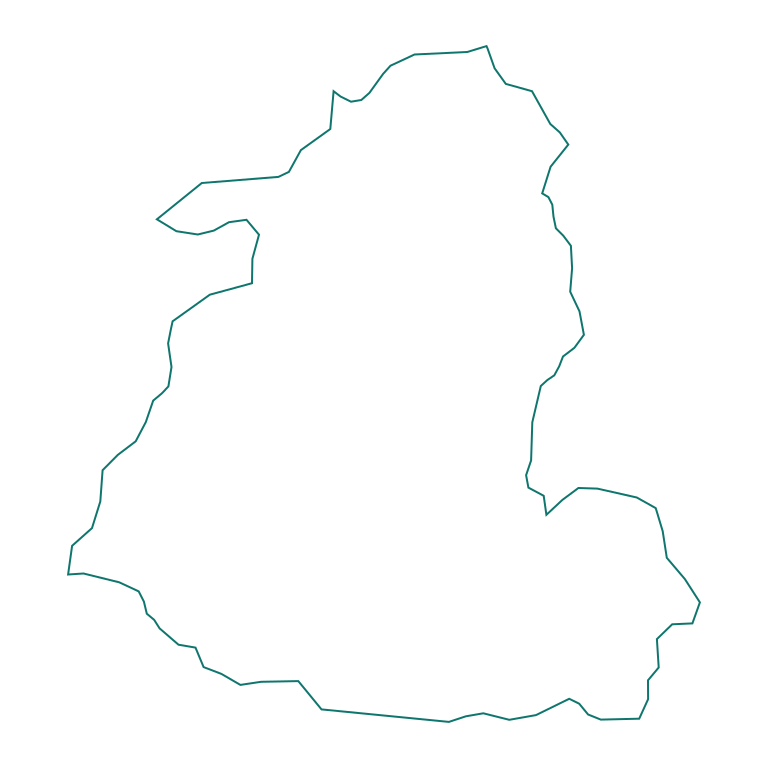 map outline of Shida Kartli (Mercator projection)
{"feature_id": "GEO-3039", "entity_name": "Shida Kartli", "entity_type": "Region", "adm_level": 1, "iso_a3": "GEO", "parent_name": "Georgia", "parent_adm1": "", "projection": "mercator", "projection_center": [44.031, 42.172], "detail": "fine", "context": "isolated", "style": "outline", "palette": "teal", "viewbox_px": 768, "rotation_deg": 0, "n_neighbors": 0, "source": "natural_earth", "source_scale": "10m", "svg_char_len": 1538}
<svg xmlns="http://www.w3.org/2000/svg" viewBox="0 0 768 768"><path d="M333.6,91.2L340.5,96.5L351.0,101.7L361.3,100.0L369.4,92.9L383.1,73.9L390.5,65.7L414.5,54.5L467.2,52.0L486.5,46.1L487.6,48.6L494.6,68.3L505.8,83.9L532.0,91.2L550.3,124.0L559.8,132.4L568.3,144.6L550.6,166.7L542.2,193.4L548.4,197.1L552.3,204.7L553.5,216.7L555.9,228.3L563.3,235.7L570.9,245.8L572.1,268.3L570.2,291.7L579.5,311.4L583.9,334.8L574.4,347.8L563.0,356.5L559.2,366.3L554.3,375.3L547.4,380.0L540.8,386.0L532.3,422.3L531.1,460.5L530.7,461.6L526.1,475.2L528.4,487.6L543.7,495.8L546.4,514.8L553.8,507.9L562.4,499.9L578.4,488.0L597.3,488.6L636.8,497.5L655.7,508.1L657.5,513.9L657.9,515.3L662.7,531.2L666.8,557.8L684.9,579.1L699.9,602.4L692.4,623.4L672.2,624.3L656.9,639.1L658.7,667.5L648.0,680.3L648.1,699.2L639.2,718.7L600.8,719.6L588.1,714.5L579.2,703.7L569.2,698.8L536.0,715.1L509.3,719.8L483.3,713.3L465.9,716.3L448.9,721.9L321.5,709.4L298.3,681.1L261.1,681.8L240.4,684.9L221.4,673.9L203.6,667.1L195.5,647.6L178.5,644.7L159.6,628.4L154.2,619.9L146.8,613.7L143.9,601.6L138.7,591.4L119.2,582.3L83.5,573.5L68.1,574.5L72.1,545.8L92.0,528.1L100.3,501.5L102.6,470.2L117.9,454.8L135.7,441.3L145.8,422.1L153.2,400.6L161.8,393.4L165.0,390.1L165.5,389.5L168.4,386.4L171.5,367.0L168.1,343.4L170.7,330.2L172.6,321.3L183.8,313.3L209.8,294.7L252.0,283.2L252.4,258.8L259.0,234.7L246.5,219.8L229.0,222.2L213.8,230.6L197.8,234.5L176.4,231.2L156.9,219.3L201.8,183.0L278.4,176.9L288.9,171.9L300.9,150.1L330.3,129.0L333.6,91.2Z" fill="none" stroke="#0f766e" stroke-width="2"/></svg>